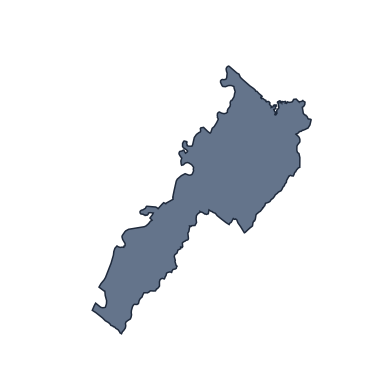 the district of Plopsoru, Gorj, Romania, rotated 65°
{"feature_id": "2599482B91527362619045", "entity_name": "Plopsoru", "entity_type": "district", "adm_level": 2, "iso_a3": "ROU", "parent_name": "Romania", "parent_adm1": "Gorj", "projection": "robinson", "projection_center": [23.376, 44.754], "detail": "fine", "context": "isolated", "style": "filled", "palette": "slate", "viewbox_px": 384, "rotation_deg": 65, "n_neighbors": 0, "source": "geoboundaries", "source_scale": "gbopen_adm2", "svg_char_len": 6012}
<svg xmlns="http://www.w3.org/2000/svg" viewBox="0 0 384 384"><g transform="rotate(65 192 192)"><path d="M257.1,332.4L260.9,330.0L268.3,326.3L272.0,325.0L275.0,322.9L276.9,322.1L278.6,321.9L280.0,320.4L280.9,320.2L281.6,319.2L283.3,318.7L285.6,317.2L288.2,316.7L289.2,316.8L290.7,315.8L289.2,314.1L288.7,312.6L287.1,309.9L285.3,308.6L283.1,307.9L282.0,306.9L281.4,304.7L281.0,301.5L279.7,300.1L277.8,298.7L275.8,298.1L273.8,297.0L270.7,294.3L269.6,292.7L269.4,291.8L270.7,289.4L270.5,287.7L267.9,285.6L266.7,283.8L266.1,281.7L264.3,279.9L263.0,278.1L264.6,274.9L264.4,272.8L264.0,271.8L264.1,271.2L265.5,268.7L266.2,266.9L264.9,265.1L265.0,264.3L264.4,262.7L263.5,261.2L259.5,259.4L258.0,258.0L257.6,256.4L257.7,255.5L259.1,253.9L258.5,253.0L257.5,252.1L256.8,250.9L254.8,249.4L254.7,247.9L255.1,245.7L256.3,244.5L255.9,244.0L255.1,243.5L254.2,241.9L254.7,239.5L254.5,238.5L253.2,237.5L252.9,236.9L251.9,237.4L247.8,236.8L246.8,236.0L243.1,235.4L241.9,234.5L241.5,233.8L241.0,231.4L238.7,229.3L238.6,226.1L237.1,225.6L237.4,225.0L238.1,224.4L237.6,223.5L234.1,222.3L233.6,220.8L233.6,218.9L233.3,217.9L233.6,216.2L233.4,215.6L232.5,214.8L227.6,213.2L226.3,211.4L223.6,209.6L223.1,208.9L221.8,208.6L222.4,207.8L222.4,207.1L222.7,207.1L222.5,206.2L223.6,203.5L221.6,200.8L218.2,199.7L215.3,198.0L214.1,195.6L213.8,193.4L213.0,193.0L213.9,192.5L214.4,191.6L215.6,190.7L217.3,189.8L217.3,189.4L218.4,188.5L218.6,186.4L215.4,184.2L217.8,182.7L218.2,182.0L219.3,181.6L221.2,179.8L224.0,179.2L228.5,177.0L234.1,174.1L237.2,172.1L236.3,171.0L236.0,169.2L233.5,165.8L234.6,165.2L234.9,164.6L234.8,164.0L235.0,163.8L236.1,163.2L239.5,163.4L244.0,162.6L251.1,161.8L251.1,160.9L249.4,155.9L249.4,155.1L248.8,154.4L248.8,153.2L248.3,151.5L245.4,149.6L244.3,147.8L244.6,147.5L243.4,146.1L240.0,143.8L239.4,143.1L238.5,139.8L238.3,138.1L236.7,134.9L236.2,134.6L236.3,134.0L235.2,132.3L235.2,131.9L233.3,130.2L233.7,127.0L233.5,125.3L232.4,123.6L231.9,121.2L231.0,119.4L229.7,117.6L229.3,115.5L228.6,113.7L228.5,110.8L227.5,109.2L226.1,107.6L225.3,105.6L224.3,104.8L223.1,102.4L221.5,101.4L218.7,97.6L218.8,97.4L218.5,97.2L218.5,95.8L219.6,94.7L220.3,93.4L218.9,91.8L218.0,91.0L217.5,90.2L217.5,89.6L216.2,87.9L215.1,85.3L215.2,83.9L206.4,79.7L202.3,78.8L200.8,79.7L198.6,79.4L194.9,77.6L194.0,76.6L192.2,73.1L190.2,72.1L188.7,71.8L187.1,71.9L183.5,73.4L183.4,72.7L183.6,71.7L183.2,70.0L182.8,69.7L182.7,68.3L183.1,67.8L183.1,66.9L182.7,66.0L183.1,64.6L183.0,64.0L183.2,62.3L182.9,61.6L183.2,60.1L181.1,56.8L176.9,53.5L176.2,53.7L176.1,54.2L175.2,55.1L175.1,55.6L174.6,55.9L173.0,55.8L171.7,56.0L171.2,56.4L170.5,56.4L169.8,57.2L167.9,57.9L161.8,56.2L161.7,54.8L160.5,52.9L158.3,51.6L156.5,52.8L155.9,52.9L156.2,54.1L155.9,55.7L155.3,56.9L155.5,57.0L151.8,58.3L151.0,60.6L151.1,61.0L151.7,61.4L152.6,63.1L152.5,64.1L152.1,65.6L151.3,66.8L150.7,67.3L151.6,68.8L151.0,69.2L150.9,69.6L150.6,69.2L150.3,69.3L149.8,68.9L149.4,69.0L148.9,71.1L148.3,71.6L148.5,72.5L149.1,72.9L148.4,72.9L148.7,73.3L148.5,74.2L148.3,74.5L147.6,73.6L147.2,73.5L146.6,73.7L146.3,74.5L146.6,75.3L146.5,76.2L147.2,76.3L147.3,76.7L147.9,76.4L152.4,77.7L153.7,80.5L154.6,81.1L156.6,81.8L157.5,83.4L157.3,84.0L156.9,84.2L156.4,83.4L155.9,83.4L155.4,82.7L154.9,82.4L154.1,83.1L151.8,83.0L152.1,82.4L151.8,81.9L151.8,80.8L150.0,80.5L149.8,80.3L149.8,79.1L148.5,79.0L148.5,79.5L149.0,79.8L148.9,80.4L148.6,80.8L147.9,80.7L147.9,81.2L148.1,81.4L148.0,81.7L149.0,82.6L148.9,84.5L147.9,83.9L145.3,84.7L144.7,84.4L144.3,83.7L142.8,84.1L142.1,84.7L141.7,86.5L141.1,86.7L140.2,86.3L138.9,87.4L137.2,88.2L137.0,88.6L136.4,88.9L136.8,89.4L136.3,89.7L135.7,89.8L135.1,89.6L134.9,88.1L134.5,88.1L131.2,89.7L128.1,90.7L127.5,91.7L126.3,91.6L124.3,92.4L120.3,94.7L111.4,98.6L108.5,99.7L105.0,99.6L103.2,101.0L93.8,105.2L93.3,105.8L93.4,107.1L94.0,108.2L94.9,109.1L97.1,109.7L99.1,109.9L103.0,112.2L104.0,113.4L104.1,114.0L103.6,115.8L102.8,117.0L102.8,118.0L103.4,119.2L104.7,119.8L108.4,119.8L109.4,119.4L110.7,117.2L110.9,114.1L111.7,112.1L112.3,111.1L114.1,109.5L115.9,110.0L119.5,110.5L120.5,111.6L123.4,113.6L125.8,117.1L125.6,117.8L126.5,119.2L127.4,119.8L128.9,120.2L130.6,121.5L132.0,124.4L133.5,125.8L134.6,126.1L135.0,127.7L134.6,129.8L133.1,131.8L131.1,133.3L131.0,134.0L131.2,134.9L131.6,135.7L133.2,136.7L134.6,137.1L135.2,137.5L136.6,137.3L137.2,137.5L139.5,140.3L142.1,144.2L142.8,146.8L145.8,149.6L146.3,150.8L143.9,152.1L138.3,154.2L137.6,156.9L138.0,157.6L140.4,158.4L141.1,159.2L141.1,160.7L141.7,163.6L143.6,166.9L149.4,171.4L150.4,172.8L149.1,175.6L148.0,176.8L146.9,176.4L145.1,176.3L144.9,175.6L144.5,175.4L144.1,175.5L142.6,177.3L142.5,178.2L143.4,179.0L143.8,179.9L146.7,181.3L148.3,181.1L151.4,179.2L153.1,178.7L153.8,179.8L154.1,181.5L150.5,181.8L150.4,182.9L150.6,183.6L150.1,185.9L150.4,186.5L151.3,187.4L152.4,187.7L155.3,187.4L156.9,186.9L159.2,189.0L162.1,190.0L163.4,190.1L163.7,188.3L162.9,185.8L163.4,183.6L164.3,182.6L167.0,180.8L170.2,180.1L172.1,181.3L173.5,181.6L175.4,183.7L176.1,184.8L175.9,186.8L175.2,187.9L172.5,190.5L172.7,194.8L174.1,199.8L175.4,201.6L182.9,207.4L187.2,210.6L188.7,211.4L188.6,211.6L190.6,212.3L191.2,220.4L191.5,220.7L189.7,222.2L190.5,224.5L192.8,229.8L191.4,230.4L190.3,231.2L185.8,239.0L185.9,239.6L187.1,241.1L187.4,244.0L187.1,245.6L187.4,246.8L187.8,247.4L189.0,247.9L190.3,247.6L191.6,245.6L192.7,245.0L193.0,244.3L193.5,244.3L193.7,242.8L194.0,242.7L194.0,242.1L193.3,240.7L192.7,240.3L192.8,239.3L193.0,238.6L194.7,236.0L195.9,237.5L197.8,241.1L200.7,240.1L200.9,241.9L201.7,243.7L202.2,244.3L203.3,248.0L203.3,249.9L199.0,265.2L199.2,268.4L199.6,269.5L202.0,273.6L203.0,274.4L205.7,274.9L210.4,274.4L212.4,275.4L212.3,276.6L213.3,277.2L212.4,278.7L211.9,280.5L210.4,282.1L209.2,282.8L210.4,285.6L212.9,288.0L216.0,289.9L222.4,295.5L232.9,306.5L234.5,308.8L236.5,313.1L238.9,316.5L244.6,313.5L244.8,313.0L245.6,313.1L249.2,314.4L254.4,315.3L257.2,316.8L259.8,319.2L259.8,319.9L259.2,321.8L258.0,323.4L252.0,326.3L253.7,328.6L257.1,332.4Z" fill="#64748b" stroke="#1e293b" stroke-width="1.5"/></g></svg>